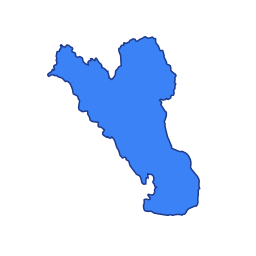 outline of Sachsen, rotated 73°
{"feature_id": "DEU-1601", "entity_name": "Sachsen", "entity_type": "State", "adm_level": 1, "iso_a3": "DEU", "parent_name": "Germany", "parent_adm1": "", "projection": "natural_earth1", "projection_center": [12.997, 50.915], "detail": "fine", "context": "isolated", "style": "filled", "palette": "blue", "viewbox_px": 256, "rotation_deg": 73, "n_neighbors": 0, "source": "natural_earth", "source_scale": "10m", "svg_char_len": 5689}
<svg xmlns="http://www.w3.org/2000/svg" viewBox="0 0 256 256"><g transform="rotate(73 128 128)"><path d="M187.7,120.0L187.0,120.0L186.3,119.7L185.5,118.8L185.0,118.4L182.7,117.8L180.7,118.0L179.2,119.3L178.3,121.6L177.6,122.5L178.3,122.8L180.5,123.1L181.7,123.5L181.1,124.0L181.0,124.8L182.7,126.1L185.0,126.7L186.7,127.4L186.3,129.5L184.5,130.7L179.5,130.4L177.2,130.8L176.6,131.4L175.4,132.8L174.6,133.4L164.8,137.0L163.5,137.1L161.2,136.9L160.0,137.1L159.3,137.5L158.3,138.5L157.7,138.9L156.9,139.0L156.3,138.8L155.7,138.8L155.1,139.4L154.9,140.2L155.1,141.5L155.1,141.9L154.7,142.4L153.9,142.5L152.1,143.5L150.9,143.6L148.0,143.4L146.6,143.5L144.2,144.2L143.0,144.4L137.3,144.4L134.4,144.8L131.8,146.1L132.6,147.4L132.3,148.5L131.5,149.3L130.4,150.0L130.8,150.6L130.7,151.1L130.3,151.5L129.7,151.8L128.6,152.9L127.5,153.7L126.4,154.0L124.9,153.4L124.5,153.0L123.6,151.7L123.3,151.4L122.5,151.2L122.3,151.3L122.3,151.6L121.9,151.9L119.5,153.3L119.2,153.8L118.5,155.5L117.2,156.0L116.1,155.6L115.1,155.1L113.8,155.0L111.7,159.6L110.8,160.9L109.3,161.9L105.9,161.7L104.1,162.2L102.9,162.4L101.8,162.2L101.3,161.9L100.7,161.8L100.2,161.9L99.7,162.2L99.3,165.5L98.9,167.0L98.0,167.9L96.1,169.4L93.9,169.3L88.0,166.4L87.5,166.3L86.9,166.4L85.6,167.0L84.5,166.8L83.4,166.9L82.4,167.2L81.6,167.9L80.2,169.6L79.5,170.2L78.6,170.3L75.2,169.8L70.5,170.1L67.9,170.7L65.7,172.3L65.1,173.4L65.3,174.2L65.1,174.5L64.1,174.7L63.3,175.3L61.5,176.1L60.8,176.7L58.8,179.6L58.1,180.2L57.3,180.6L56.8,181.3L56.6,182.6L55.4,183.9L55.0,184.7L54.8,186.1L55.0,187.1L55.4,188.0L55.4,188.7L54.5,189.2L53.4,189.1L52.8,188.3L52.0,186.1L51.8,185.2L51.6,184.6L50.0,183.2L50.0,182.9L50.3,182.6L50.5,182.6L50.8,182.1L50.9,181.7L50.7,181.4L50.2,181.2L48.4,181.2L47.4,181.0L46.7,180.4L46.5,179.8L46.5,178.4L46.1,177.7L44.9,176.9L41.9,176.8L41.4,176.1L39.6,175.6L38.7,175.7L38.2,175.6L35.4,174.1L34.8,173.9L34.5,173.7L34.3,172.1L34.3,171.8L34.5,171.3L34.3,171.0L32.9,170.2L31.7,168.6L31.1,168.4L29.4,168.5L28.9,167.9L28.9,167.6L29.1,167.4L29.5,167.1L30.1,166.8L31.1,166.5L31.3,166.3L31.4,166.1L31.5,165.4L32.0,165.0L32.1,164.7L32.1,164.0L32.0,163.7L31.8,163.4L31.0,162.9L30.8,162.6L30.8,162.3L30.9,161.8L31.3,161.1L32.0,160.3L33.5,159.4L34.3,158.6L34.8,157.9L35.6,157.7L36.2,157.8L36.6,158.1L37.1,158.7L37.5,159.0L38.0,159.1L38.6,159.1L39.2,158.6L40.7,156.7L41.7,156.5L42.2,156.6L42.8,157.0L43.0,157.0L44.8,156.5L45.3,156.1L45.7,154.8L45.6,153.2L47.4,151.4L47.7,151.3L48.8,151.2L50.0,151.4L51.6,151.4L52.0,151.2L54.0,150.0L54.7,149.3L56.0,147.5L55.4,147.3L54.0,147.3L53.3,147.0L52.8,146.4L52.4,145.3L52.8,144.2L52.6,143.9L52.3,143.6L52.0,143.5L50.9,143.6L50.8,143.3L50.9,142.9L51.4,141.9L52.1,141.5L52.5,141.5L52.9,141.3L53.9,140.2L53.7,139.8L52.7,139.4L51.9,138.7L52.0,137.9L56.6,136.7L57.1,136.5L59.1,135.1L61.4,134.9L62.1,135.1L62.1,135.3L62.5,135.3L63.7,133.9L65.0,132.7L67.6,131.5L67.7,131.3L67.9,130.6L69.1,131.0L70.5,130.9L72.5,131.1L73.5,131.0L73.8,131.1L74.2,131.6L74.4,131.6L74.9,131.1L75.6,130.2L76.7,129.8L76.7,129.1L75.4,126.8L73.8,124.9L72.0,124.0L70.3,123.4L69.4,122.7L68.8,121.4L66.8,118.7L66.4,116.3L56.6,113.9L52.5,114.2L49.8,113.8L49.5,113.6L49.3,113.3L49.2,112.7L49.2,112.3L49.1,112.0L48.8,111.7L47.7,110.9L47.1,109.9L47.4,107.7L45.5,107.2L45.4,106.6L46.1,105.9L46.4,105.0L46.2,102.7L46.0,101.8L44.7,100.5L44.7,98.9L44.3,97.9L44.2,97.4L44.5,96.5L45.0,95.6L45.8,95.1L46.7,95.1L47.2,94.9L47.3,94.7L47.6,93.8L47.6,93.2L47.5,92.6L46.8,91.3L46.6,90.6L46.6,89.3L46.4,87.5L45.9,86.5L45.8,85.4L45.7,84.9L45.8,84.6L46.8,84.0L47.3,83.3L47.9,82.9L48.2,82.0L48.2,78.2L50.1,76.9L50.3,76.5L50.5,75.8L50.8,75.5L52.8,76.2L54.7,76.4L55.2,76.3L58.4,75.0L63.1,74.7L63.4,74.5L63.6,74.2L63.9,72.3L64.5,72.1L69.5,72.3L70.3,72.8L76.4,71.9L76.7,72.0L77.0,72.3L77.3,72.4L77.7,72.3L78.6,71.8L79.0,71.4L80.2,69.8L81.1,69.3L83.4,69.6L85.3,70.2L86.5,69.8L89.8,67.6L90.4,66.9L92.2,66.8L92.9,68.0L93.7,68.4L94.6,68.7L95.4,68.8L96.8,69.4L97.7,70.2L98.5,70.1L98.9,69.7L99.6,69.5L100.0,69.6L100.5,69.9L101.8,71.0L103.7,71.4L105.5,73.2L106.3,73.6L106.8,73.8L107.5,73.5L109.6,74.6L109.8,74.8L109.9,75.2L109.8,75.8L109.5,76.4L109.5,76.9L110.1,77.6L111.5,78.2L111.9,79.1L112.4,80.8L112.4,81.3L112.2,81.6L111.3,82.1L111.0,82.4L111.2,83.0L111.6,83.2L111.7,83.9L111.6,84.8L111.6,86.0L111.3,86.8L111.0,87.2L110.3,87.7L110.1,88.1L110.2,88.9L110.5,89.6L110.9,89.8L111.9,88.8L112.6,88.9L112.9,88.4L113.8,88.5L114.2,88.7L115.0,89.8L122.0,87.9L123.0,87.5L123.6,87.0L124.2,86.9L125.0,86.9L128.0,88.0L128.9,88.7L129.4,89.2L130.1,89.5L131.0,90.0L132.1,91.3L132.8,91.6L134.2,91.3L135.0,91.5L137.9,92.2L147.6,92.8L158.4,91.7L159.5,92.0L159.8,92.1L160.4,91.9L161.6,90.4L165.1,86.3L166.0,84.5L166.1,83.2L166.5,82.6L169.0,80.0L169.8,79.5L172.3,78.3L176.2,77.6L179.2,77.9L181.5,78.6L183.7,79.7L186.1,79.3L194.4,75.9L197.1,75.3L198.5,75.3L199.9,75.5L201.4,76.2L204.2,77.1L206.9,77.2L207.1,78.1L208.5,79.2L212.7,80.4L214.0,81.1L215.5,81.8L218.4,82.5L219.9,83.0L220.9,83.7L222.0,84.6L222.7,85.7L222.2,86.8L222.8,92.4L223.1,93.9L223.3,94.4L224.5,96.1L225.9,97.4L226.9,99.0L226.6,101.4L227.1,101.8L226.0,103.5L225.2,105.7L224.7,108.0L224.6,110.0L224.5,111.1L224.1,111.6L223.6,112.0L223.3,112.5L223.2,113.3L223.2,114.9L223.0,115.8L220.2,121.6L217.1,127.8L214.8,129.8L213.9,131.0L213.9,132.5L212.9,134.7L212.4,135.6L211.7,136.2L210.7,136.4L209.3,136.4L207.0,136.0L204.5,134.5L203.6,134.1L201.4,133.6L201.1,132.9L201.3,131.5L202.4,129.5L202.7,128.4L202.4,127.5L201.6,127.4L198.1,128.6L197.4,128.2L197.7,127.2L198.5,126.0L199.0,125.0L199.1,123.8L198.9,123.0L198.4,122.4L197.6,121.6L196.8,121.1L195.1,120.8L194.3,120.3L193.7,119.7L193.4,118.7L193.0,118.0L192.5,119.1L191.7,119.4L189.4,119.3L187.7,120.0Z" fill="#3b82f6" stroke="#1e3a8a" stroke-width="1.5"/></g></svg>